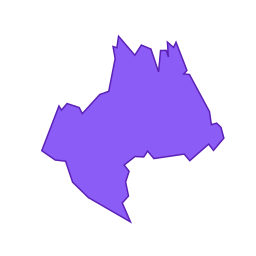 an SVG outline of Qostanay, rotated 73°
{"feature_id": "KAZ-3196", "entity_name": "Qostanay", "entity_type": "Region", "adm_level": 1, "iso_a3": "KAZ", "parent_name": "Kazakhstan", "parent_adm1": "", "projection": "equal_earth", "projection_center": [62.901, 51.427], "detail": "coarse", "context": "isolated", "style": "filled", "palette": "violet", "viewbox_px": 256, "rotation_deg": 73, "n_neighbors": 0, "source": "natural_earth", "source_scale": "10m", "svg_char_len": 713}
<svg xmlns="http://www.w3.org/2000/svg" viewBox="0 0 256 256"><g transform="rotate(73 128 128)"><path d="M165.7,39.3L174.4,52.8L167.0,55.6L177.3,78.5L169.4,81.9L164.8,112.2L155.8,116.0L160.3,121.4L157.3,129.6L162.3,142.5L169.7,139.6L179.0,146.1L193.2,147.4L198.0,155.4L218.5,153.1L183.0,186.2L163.6,196.8L141.5,197.4L137.3,207.0L124.5,217.1L86.8,187.6L91.4,186.4L86.8,179.1L94.2,168.7L100.9,167.5L87.7,145.2L87.3,135.7L57.9,120.0L45.7,118.5L48.0,115.2L37.5,110.2L60.4,100.2L52.6,91.0L59.2,83.0L83.3,82.4L63.4,74.2L65.0,68.7L71.8,68.6L57.4,65.2L64.3,60.9L60.0,57.0L90.2,54.8L92.6,58.9L94.8,53.6L136.2,45.3L149.1,47.3L149.3,41.8L154.6,38.9L165.7,39.3Z" fill="#8b5cf6" stroke="#5b21b6" stroke-width="1.5"/></g></svg>